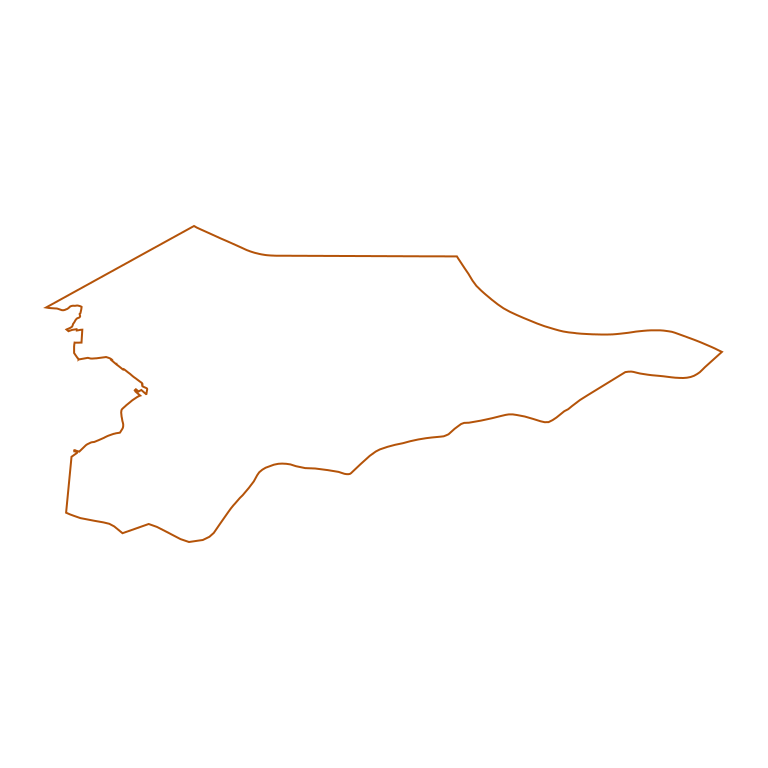 Nissewaard, Zuid-Holland, Netherlands (Natural Earth projection)
{"feature_id": "6326949B99166140133178", "entity_name": "Nissewaard", "entity_type": "district", "adm_level": 2, "iso_a3": "NLD", "parent_name": "Netherlands", "parent_adm1": "Zuid-Holland", "projection": "natural_earth1", "projection_center": [4.253, 51.828], "detail": "fine", "context": "isolated", "style": "outline", "palette": "amber", "viewbox_px": 768, "rotation_deg": 0, "n_neighbors": 0, "source": "geoboundaries", "source_scale": "gbopen_adm2", "svg_char_len": 5785}
<svg xmlns="http://www.w3.org/2000/svg" viewBox="0 0 768 768"><path d="M46.1,307.5L49.1,308.0L54.7,308.4L56.7,308.5L57.1,308.6L57.3,308.6L57.9,308.8L59.1,309.2L61.4,310.0L62.1,310.2L62.3,310.2L62.9,310.2L63.7,310.2L64.3,310.0L64.9,309.9L65.7,309.5L67.1,309.0L68.3,308.2L68.7,307.9L69.7,306.9L70.0,306.6L70.5,306.4L70.8,306.2L71.5,306.0L71.9,305.9L72.3,305.8L72.6,305.8L73.2,305.7L74.0,305.8L75.1,305.8L76.5,305.6L76.9,305.5L77.2,305.5L78.0,305.6L78.8,305.8L80.0,306.1L80.4,306.3L81.2,306.6L81.6,306.9L81.3,309.2L80.7,312.0L80.5,312.9L80.4,313.2L80.2,313.4L79.8,313.7L79.7,313.8L79.6,314.0L79.7,314.4L79.9,315.1L80.1,315.9L80.1,316.4L79.9,316.7L79.8,317.0L79.7,317.1L79.4,317.4L78.7,317.8L78.0,318.0L77.2,318.3L76.5,318.9L76.0,319.5L75.3,320.4L75.0,321.0L74.7,321.6L74.4,322.1L73.5,323.4L73.0,324.1L72.9,324.6L72.5,325.8L72.1,326.5L71.9,326.8L71.0,327.4L70.3,327.8L69.5,328.2L68.6,328.6L66.9,329.3L66.5,329.5L68.5,331.2L69.5,330.8L70.4,330.5L71.8,330.0L72.2,329.9L72.6,329.8L76.6,329.2L76.8,329.8L77.0,330.1L76.9,330.1L76.8,330.3L76.8,330.5L77.6,330.4L80.6,329.8L82.3,329.7L81.5,342.6L75.0,342.7L74.6,342.6L74.3,344.4L74.2,345.6L74.1,346.5L74.1,348.0L74.1,352.5L74.1,353.0L75.3,354.8L77.1,357.4L78.5,359.2L78.5,359.4L78.8,359.1L79.1,359.4L87.5,357.9L88.1,357.9L90.5,358.5L91.0,358.5L91.9,358.6L96.0,358.3L96.4,358.3L105.7,357.1L106.0,357.0L108.8,357.9L110.4,358.6L111.6,359.4L111.8,359.6L111.4,359.8L111.8,360.2L111.6,360.3L116.4,364.4L116.6,364.2L116.7,364.5L117.4,365.1L121.6,368.4L122.5,369.2L123.2,369.6L123.6,369.1L124.2,369.4L125.8,370.6L127.8,372.2L130.2,374.0L131.9,375.5L133.1,376.5L134.0,377.2L135.3,378.1L140.1,381.7L141.4,382.6L141.7,382.8L142.1,383.3L142.3,383.6L142.4,383.9L142.5,384.1L142.4,384.3L142.1,384.4L142.2,384.7L142.4,385.3L142.2,385.4L142.2,385.6L142.3,386.0L142.5,386.2L142.6,386.4L142.8,386.5L146.6,388.2L146.8,388.4L146.9,388.5L147.1,388.7L147.1,389.0L147.2,389.4L147.1,389.9L146.4,393.4L146.5,393.4L146.4,394.0L146.0,394.1L141.3,390.0L139.8,390.8L138.6,391.5L135.9,389.3L135.7,389.5L135.4,389.7L134.9,390.2L135.2,390.4L135.8,390.7L136.5,391.2L135.7,391.7L140.2,395.6L139.3,395.9L138.0,396.6L137.4,396.9L136.3,397.6L132.3,400.3L131.8,400.7L130.4,401.9L126.2,405.3L125.7,405.8L125.3,406.2L124.8,406.6L122.8,408.4L122.2,409.0L121.8,409.5L121.7,409.7L121.5,410.2L121.4,410.4L121.4,410.7L121.4,411.0L121.2,412.0L121.2,412.4L121.2,412.9L121.3,413.7L121.4,414.7L121.6,416.7L121.9,418.0L122.4,421.0L122.8,422.4L123.1,423.8L123.2,424.1L123.2,424.4L123.2,424.7L123.2,426.2L123.1,426.5L123.1,426.8L123.0,427.2L122.9,427.6L122.8,427.8L122.7,428.2L122.5,428.6L121.3,430.5L120.8,431.3L120.3,432.1L120.1,432.5L119.8,432.7L115.9,433.3L114.5,433.7L113.8,433.8L113.2,434.0L112.6,434.2L108.9,435.5L107.6,436.0L105.3,437.1L104.9,437.3L104.4,437.6L103.8,437.9L102.2,438.6L101.3,439.0L99.9,439.6L99.0,440.0L98.1,440.4L97.5,440.6L96.1,441.2L95.4,441.5L94.1,442.0L92.9,442.1L92.2,442.2L91.6,442.3L91.3,442.4L90.7,442.6L89.7,443.1L89.3,443.3L87.4,444.2L87.1,444.4L86.6,444.7L85.8,445.3L79.4,451.5L79.2,451.4L79.0,451.6L76.4,450.8L75.8,450.6L75.6,450.5L75.4,450.8L75.3,450.7L75.1,450.5L74.9,450.3L74.8,450.2L74.7,450.2L74.3,450.2L74.2,450.3L74.2,451.0L74.4,451.2L74.4,451.3L74.9,451.3L75.2,451.4L76.0,451.6L76.8,451.9L77.2,452.1L77.0,452.9L71.5,456.8L71.1,461.1L66.1,512.7L70.0,514.4L73.8,515.8L80.4,518.1L94.4,520.8L103.5,522.4L109.3,523.8L114.2,526.4L122.5,533.2L148.7,524.0L156.9,526.9L169.6,533.4L170.7,534.0L180.5,539.1L189.0,542.0L199.9,540.4L202.8,540.0L209.4,536.8L213.8,532.9L219.9,524.0L226.9,514.0L228.3,512.0L230.9,508.4L233.5,505.2L234.8,503.8L238.0,500.1L240.0,497.8L242.6,495.3L245.3,492.1L249.1,487.6L249.9,486.5L253.8,481.4L257.2,475.2L259.2,472.3L262.3,469.7L265.7,467.7L273.9,464.7L278.3,463.8L282.1,463.6L286.2,463.8L290.4,464.4L296.0,466.2L305.2,468.1L315.2,468.5L327.7,470.1L338.6,471.9L344.4,473.8L346.3,474.1L348.2,474.2L349.9,473.9L351.0,473.2L360.6,464.1L369.8,455.8L375.8,451.5L379.9,449.4L387.6,446.8L395.1,444.8L402.9,443.2L410.3,441.2L418.1,439.5L426.0,438.2L431.7,437.5L440.2,436.7L443.7,436.3L446.0,435.4L448.5,434.3L454.6,428.8L458.5,425.9L461.1,424.0L464.1,422.9L469.0,422.7L481.0,420.6L492.1,418.2L500.9,416.0L505.6,414.9L508.8,414.4L512.8,414.4L516.8,415.0L524.7,416.5L532.7,418.8L540.7,421.3L544.7,422.2L548.6,422.1L552.6,420.1L556.5,417.5L564.3,411.2L568.2,409.2L572.1,406.0L580.0,400.0L587.8,395.1L625.3,372.1L626.9,371.9L628.3,371.7L630.8,371.6L631.3,371.6L633.4,371.9L636.2,372.6L640.0,373.5L643.9,374.1L647.8,374.7L651.7,375.2L659.6,375.9L663.5,376.3L671.4,377.3L675.3,377.7L679.2,377.9L683.2,378.0L687.0,377.7L690.6,377.0L694.0,375.8L697.2,374.0L699.8,372.2L702.5,369.6L704.9,367.2L721.9,351.9L718.3,350.2L714.9,348.5L711.6,347.0L701.1,342.5L697.6,341.1L694.0,339.7L683.1,335.7L674.8,332.7L671.8,331.8L668.1,331.2L663.7,330.6L659.7,330.3L655.7,330.3L651.8,330.3L647.6,330.5L643.8,330.8L639.8,331.2L635.9,331.6L632.8,332.1L628.1,332.8L620.2,333.7L616.2,334.1L612.3,334.4L608.3,334.5L604.4,334.5L600.4,334.5L596.5,334.4L592.5,334.3L588.4,334.1L581.2,333.7L576.6,333.3L575.3,333.1L573.7,332.9L568.8,332.4L563.3,331.5L559.1,330.5L554.8,329.3L544.5,326.2L537.1,323.5L531.5,321.2L523.7,318.0L517.0,315.1L509.9,311.8L507.7,310.6L503.5,308.3L497.7,304.3L491.8,299.7L486.2,295.0L484.1,293.2L481.2,290.6L476.4,285.9L472.5,280.6L471.3,278.6L468.9,274.6L468.5,273.9L467.6,272.6L464.4,267.9L458.2,258.5L456.9,256.4L419.0,256.3L275.4,255.7L273.3,255.6L271.1,255.5L269.4,255.4L267.0,255.2L265.3,255.0L264.1,254.8L261.6,254.4L259.2,253.9L257.2,253.4L255.9,253.1L254.7,252.8L253.4,252.4L252.1,252.0L250.9,251.6L249.7,251.2L248.5,250.7L247.3,250.3L245.7,249.6L244.6,249.1L242.7,248.2L227.1,241.2L220.6,238.4L211.6,234.3L203.4,230.6L200.5,229.3L198.1,228.2L196.8,227.6L194.0,226.0L154.2,247.9L46.1,307.5Z" fill="none" stroke="#b45309" stroke-width="2"/></svg>